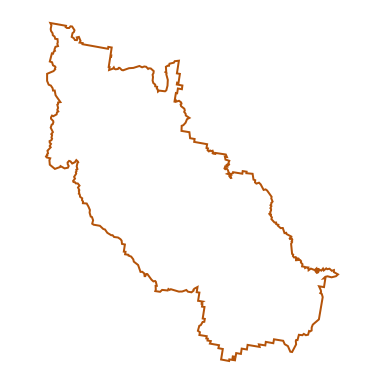 Uralla, New South Wales, Australia
{"feature_id": "25037944B63393422883772", "entity_name": "Uralla", "entity_type": "district", "adm_level": 2, "iso_a3": "AUS", "parent_name": "Australia", "parent_adm1": "New South Wales", "projection": "robinson", "projection_center": [151.405, -30.485], "detail": "fine", "context": "isolated", "style": "outline", "palette": "amber", "viewbox_px": 384, "rotation_deg": 0, "n_neighbors": 0, "source": "geoboundaries", "source_scale": "gbopen_adm2", "svg_char_len": 5850}
<svg xmlns="http://www.w3.org/2000/svg" viewBox="0 0 384 384"><path d="M173.8,62.7L169.5,63.7L168.9,65.8L167.9,65.6L165.9,66.8L166.2,71.4L165.4,72.1L166.6,73.1L166.3,74.3L167.8,79.9L167.5,85.7L166.3,90.3L165.0,91.3L159.2,90.6L158.0,91.6L157.7,89.4L156.8,88.6L157.1,86.8L155.2,86.3L155.2,84.6L153.3,83.0L152.6,80.5L153.0,77.1L152.6,74.7L153.5,73.1L153.7,71.1L150.8,68.5L148.9,68.3L148.1,68.9L146.2,66.8L144.3,66.5L142.1,67.3L139.4,66.0L133.4,67.9L129.0,68.2L123.1,70.3L121.8,70.0L119.6,67.9L118.7,67.9L117.9,69.0L115.6,69.3L114.4,68.8L113.8,67.4L112.8,68.7L109.1,70.0L109.6,67.1L108.7,67.0L110.3,56.8L111.1,56.9L111.3,55.4L110.5,55.3L111.7,47.5L108.3,46.9L108.0,48.8L82.5,44.2L82.7,43.1L79.6,42.6L80.5,40.8L78.9,36.9L76.8,37.4L77.3,38.8L76.9,40.1L74.9,40.0L73.7,38.1L71.7,36.9L72.5,33.2L73.9,32.0L74.5,30.2L72.1,26.5L70.5,26.3L69.1,28.0L67.0,28.0L65.6,27.0L66.0,25.8L50.3,23.0L51.4,25.3L50.7,29.0L51.0,30.9L52.6,33.3L52.8,35.2L54.6,36.6L55.2,38.8L57.5,39.1L57.8,42.2L57.3,43.8L58.0,46.1L55.5,46.8L54.5,49.4L55.0,50.8L53.9,51.3L53.0,53.7L51.9,53.4L49.8,61.5L52.1,62.3L53.0,65.3L55.0,66.4L55.5,67.2L54.9,68.6L55.2,69.3L53.5,71.1L47.1,73.8L47.1,80.9L48.7,84.7L50.9,85.6L52.6,88.2L53.0,90.5L54.7,90.5L55.6,95.3L60.4,102.1L58.1,102.5L58.0,104.1L57.3,104.7L58.1,107.9L57.3,109.9L58.3,111.5L57.0,112.3L56.6,114.4L53.3,116.2L52.0,115.6L51.0,117.4L51.0,118.7L53.2,121.0L53.4,122.2L52.7,124.2L51.7,124.6L50.7,127.7L52.9,132.1L51.3,134.1L52.1,135.0L51.5,137.7L52.1,138.7L51.4,140.2L49.6,141.1L49.7,142.6L51.0,143.9L49.7,146.0L50.7,147.3L47.5,150.7L48.0,153.4L47.0,154.4L47.3,155.3L46.0,156.4L46.6,157.4L50.2,158.3L49.4,160.1L49.8,164.7L54.9,168.9L60.1,167.0L60.5,166.1L64.6,168.4L67.9,167.7L68.7,166.0L67.7,164.2L67.6,162.5L69.1,160.9L70.5,161.4L72.2,163.5L74.9,162.2L76.3,160.1L77.9,161.6L78.2,162.3L77.5,162.8L76.7,166.4L77.4,169.1L76.3,169.7L76.5,171.3L75.8,172.2L76.2,173.6L74.1,176.9L75.0,178.6L73.1,181.0L73.5,182.0L75.1,182.3L75.7,183.3L77.8,183.5L79.5,185.6L78.0,187.5L79.3,190.1L78.8,190.9L79.2,192.2L78.8,193.7L79.7,194.3L80.1,196.8L82.2,198.3L82.0,200.1L83.0,201.5L82.9,203.2L86.7,203.5L88.4,206.5L89.9,210.0L89.6,212.7L90.7,216.5L92.0,217.1L93.1,220.3L92.2,223.7L93.6,224.7L99.9,225.8L103.3,229.0L105.0,229.5L107.3,232.8L111.2,235.2L112.6,235.2L114.1,237.0L118.0,237.5L120.5,239.2L121.6,240.6L122.0,243.9L124.9,244.5L123.8,251.6L125.5,251.8L125.1,254.3L128.4,254.8L128.5,255.6L131.2,256.6L133.3,259.4L133.8,261.6L138.1,265.0L140.5,271.9L142.3,271.8L144.2,273.4L144.6,276.1L145.3,276.1L146.3,274.0L147.4,274.1L151.5,279.7L153.4,281.4L155.1,281.0L155.8,281.7L156.8,285.8L155.6,285.9L155.8,289.5L155.3,291.1L160.1,291.8L162.1,289.9L167.7,290.5L168.4,289.0L169.7,289.9L170.8,289.2L178.8,291.6L182.2,291.5L186.3,290.0L188.0,291.7L191.5,292.3L193.6,290.6L193.5,289.6L194.5,288.6L197.5,287.0L196.7,292.2L199.4,292.6L198.1,300.8L202.9,301.6L201.8,302.3L201.6,303.9L202.4,304.1L202.0,306.6L204.5,307.0L202.7,318.5L204.8,318.9L204.3,321.8L202.6,322.0L200.8,325.1L199.3,325.8L197.9,330.8L199.9,332.2L199.4,335.0L206.7,336.2L206.3,338.4L207.8,338.7L207.5,340.5L210.8,341.1L209.9,343.6L219.0,345.2L218.4,348.2L222.8,349.0L221.1,359.5L229.1,361.0L229.3,359.4L235.0,360.3L235.2,358.8L232.5,358.4L232.8,356.4L235.6,356.8L236.2,353.1L240.9,353.9L241.7,348.6L246.9,349.5L247.6,344.9L259.6,346.9L258.9,344.4L265.3,345.4L265.8,341.9L273.3,343.2L274.0,339.3L283.2,340.8L284.7,344.2L287.9,346.1L290.3,351.7L292.1,352.0L296.1,344.4L295.8,341.0L296.2,340.0L297.5,340.1L298.9,334.8L302.4,335.2L303.8,333.9L305.9,335.2L308.1,334.7L309.1,331.0L310.1,331.4L311.6,330.5L311.7,327.4L312.8,324.6L318.9,319.4L322.7,297.1L321.8,294.0L320.3,293.1L321.1,292.1L320.8,290.2L319.0,286.3L324.0,287.1L325.4,278.1L323.7,278.4L325.3,276.8L327.5,276.3L331.6,277.3L336.0,276.2L338.0,274.4L333.9,272.1L333.9,270.1L331.8,270.8L329.5,268.7L327.2,269.2L326.2,268.4L323.8,270.4L323.0,268.6L321.4,270.6L319.4,269.7L318.6,271.3L317.6,269.9L318.1,268.9L317.5,268.8L316.5,270.7L317.7,272.5L316.9,272.9L315.6,271.5L315.9,269.0L314.7,270.1L310.9,268.6L308.6,270.2L308.4,267.6L307.6,267.9L306.9,267.2L305.1,268.0L304.9,266.9L302.1,266.4L302.5,264.2L300.9,262.5L301.1,261.2L300.2,260.1L298.7,260.0L298.7,258.7L298.0,258.4L296.8,260.2L296.0,260.2L296.1,257.7L295.7,257.1L294.1,257.5L292.9,256.0L293.2,254.6L292.1,253.9L291.1,243.8L292.1,242.0L291.6,241.5L292.3,239.8L291.8,238.6L290.0,239.0L289.7,238.5L291.2,236.5L286.5,234.0L286.2,232.8L284.5,233.1L282.8,228.0L280.6,228.1L277.9,225.7L278.3,224.8L276.2,224.1L276.1,222.5L274.5,222.5L271.4,219.1L271.9,217.4L270.9,216.1L271.0,214.7L269.7,214.6L269.3,213.8L270.4,212.8L270.3,211.7L271.0,210.7L271.1,209.0L270.4,208.2L271.4,206.1L270.5,205.2L271.4,203.8L271.3,202.9L272.6,201.6L271.3,198.4L271.6,196.8L267.1,190.5L265.6,189.4L263.6,189.9L260.7,184.4L259.0,182.7L256.4,183.6L255.0,182.4L255.2,180.2L253.5,179.6L252.6,173.8L246.4,173.2L246.6,171.7L242.7,171.1L242.3,173.7L233.1,172.2L232.9,173.2L231.2,173.9L230.7,176.4L231.2,177.9L230.7,178.0L229.3,176.1L229.5,174.5L227.4,173.8L228.7,173.2L229.8,173.6L228.5,172.1L228.0,170.3L226.7,168.5L225.3,169.2L224.5,168.5L225.3,166.3L227.2,166.5L226.6,165.0L227.8,164.1L228.5,165.0L229.1,164.5L228.5,163.0L229.3,160.8L225.5,159.6L224.9,156.7L226.9,157.0L225.8,154.5L215.2,152.9L215.2,153.9L213.2,153.6L212.6,153.1L213.1,152.3L212.6,150.7L211.0,151.1L210.1,150.5L208.9,151.4L207.6,150.3L208.0,148.4L206.5,148.0L207.1,144.2L194.2,141.9L194.6,139.0L190.1,138.2L189.4,132.2L181.5,130.9L181.7,125.8L183.3,125.2L185.6,122.7L187.0,119.2L189.4,117.9L185.8,115.5L185.6,113.7L184.2,111.9L184.8,110.4L184.3,108.7L181.1,106.2L180.6,104.4L181.5,103.7L181.1,102.4L179.0,100.8L176.5,101.5L175.8,100.2L175.4,101.8L174.5,101.6L175.9,93.0L176.9,93.2L177.0,94.2L177.9,88.5L181.9,89.2L182.4,85.5L176.8,84.5L177.1,82.6L178.5,82.8L179.9,73.9L176.9,73.4L178.9,60.7L174.7,61.2L173.8,62.7Z" fill="none" stroke="#b45309" stroke-width="2"/></svg>